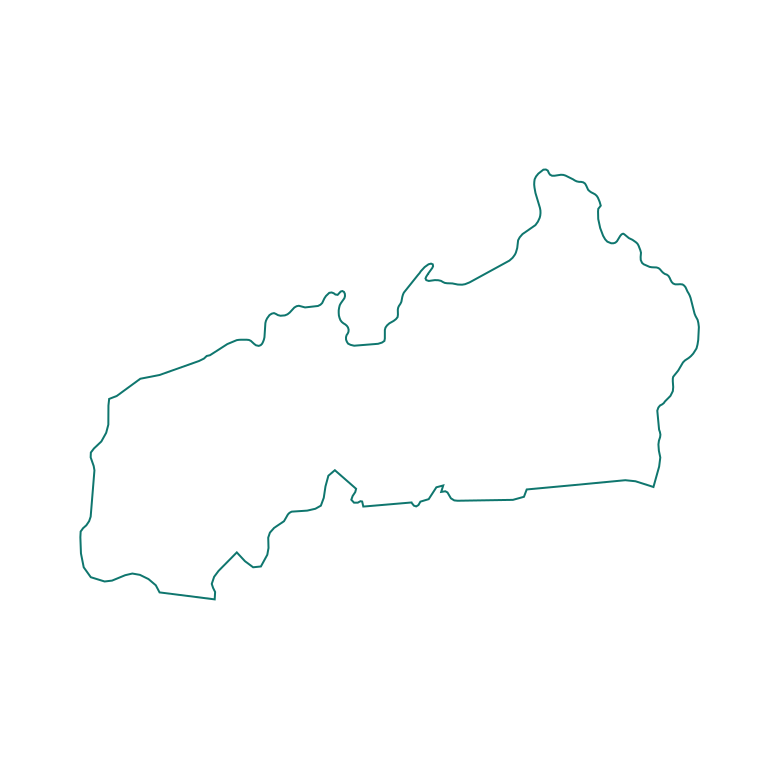 the Region of Upper East, rotated 174°
{"feature_id": "GHA-2156", "entity_name": "Upper East", "entity_type": "Region", "adm_level": 1, "iso_a3": "GHA", "parent_name": "Ghana", "parent_adm1": "", "projection": "robinson", "projection_center": [-0.916, 10.731], "detail": "fine", "context": "isolated", "style": "outline", "palette": "teal", "viewbox_px": 768, "rotation_deg": 174, "n_neighbors": 0, "source": "natural_earth", "source_scale": "10m", "svg_char_len": 4314}
<svg xmlns="http://www.w3.org/2000/svg" viewBox="0 0 768 768"><g transform="rotate(174 384 384)"><path d="M629.0,200.2L632.0,207.7L638.6,214.6L646.7,219.7L654.1,221.8L661.4,220.9L675.0,216.9L682.5,216.8L695.8,222.5L701.8,233.1L703.1,247.2L702.0,263.3L701.1,269.0L698.3,272.1L694.8,274.6L691.6,278.4L689.6,282.7L681.0,328.4L681.3,332.8L683.4,341.7L682.7,346.5L679.2,350.2L671.1,356.4L665.4,364.5L662.4,372.4L660.3,391.4L658.9,397.9L651.1,400.0L625.8,414.7L606.4,416.4L565.6,426.2L560.4,428.1L557.4,430.4L554.1,430.8L535.6,440.1L525.9,443.0L523.2,443.1L516.0,442.4L513.7,441.9L511.9,440.8L509.0,437.5L507.3,435.9L504.6,435.0L502.6,435.5L501.0,436.8L499.8,438.7L498.8,440.7L498.0,443.0L495.6,457.0L494.8,459.2L493.4,461.5L490.7,464.5L488.3,465.7L486.0,466.0L484.2,465.0L482.3,463.6L479.8,462.7L475.4,462.6L472.7,463.4L470.3,464.9L465.2,469.4L462.8,470.5L460.5,470.7L454.5,468.4L441.5,468.5L438.9,469.5L437.0,471.0L434.4,475.3L432.5,477.6L428.9,480.4L426.5,480.5L424.5,479.5L423.0,478.1L420.8,477.5L417.4,480.5L415.7,480.8L414.2,479.8L413.5,477.8L413.6,475.5L414.4,473.5L418.6,468.7L419.8,466.9L420.6,464.7L421.3,462.2L421.6,459.6L421.7,456.9L421.3,454.3L420.6,451.9L419.5,450.1L418.0,448.6L416.3,447.3L414.9,445.8L413.9,444.0L413.5,441.7L413.9,439.6L414.8,438.0L416.1,436.5L416.9,434.5L417.1,432.1L416.5,429.9L415.5,427.9L413.1,426.4L409.7,425.2L385.7,424.6L381.7,425.4L379.1,426.8L378.4,429.2L377.5,437.7L376.6,440.0L374.8,442.0L372.3,443.8L367.9,445.7L365.3,447.3L363.5,449.1L362.9,451.5L362.5,456.5L361.9,458.5L361.1,459.9L359.2,462.2L358.1,464.0L356.7,468.7L355.8,470.9L354.7,472.8L338.9,488.8L336.9,490.7L335.7,492.2L331.4,496.0L327.2,498.4L324.6,498.8L323.0,497.9L322.9,496.0L323.9,494.3L328.7,489.0L328.7,488.8L328.8,488.8L330.8,486.3L331.7,484.6L331.1,482.9L328.7,481.8L322.6,482.0L319.1,481.5L316.5,480.6L314.8,479.3L313.0,478.2L310.7,477.6L305.6,476.9L300.2,475.2L295.9,474.6L292.9,474.8L288.3,476.1L246.4,493.6L243.0,496.0L241.6,497.5L240.2,499.1L239.1,500.9L237.3,505.3L235.6,512.9L233.7,515.7L230.6,518.6L216.8,526.2L214.0,529.3L211.8,533.0L211.0,535.2L210.5,537.6L210.3,540.1L210.5,542.8L213.4,558.1L213.8,563.6L213.8,566.6L213.4,569.3L212.8,571.8L211.1,574.5L208.5,577.1L203.1,580.5L200.6,580.4L198.8,579.1L198.1,576.9L197.1,574.9L195.2,573.6L192.6,573.3L186.2,573.6L183.8,573.2L181.7,572.3L174.6,567.8L173.0,566.5L171.2,565.4L169.1,564.7L166.8,564.4L164.7,563.7L163.1,562.3L162.2,560.3L160.7,555.8L159.3,554.2L157.8,552.9L155.9,551.7L154.2,550.5L152.8,548.9L151.8,547.0L150.5,542.7L149.8,538.7L152.6,535.8L153.1,533.2L153.7,525.7L152.7,516.5L150.6,508.5L148.9,504.7L147.0,502.2L143.3,500.2L141.0,500.0L139.1,500.4L137.4,501.6L133.6,506.6L132.2,507.9L131.1,508.4L130.2,508.4L129.3,507.7L125.2,503.5L121.8,501.4L118.7,498.7L117.3,497.1L116.4,495.1L115.1,490.3L114.7,487.7L115.5,483.5L115.7,480.5L114.7,477.5L113.2,475.9L107.6,472.7L105.4,472.1L100.7,471.4L98.8,470.5L97.5,469.2L95.8,466.7L94.7,465.4L93.2,464.1L91.3,463.2L89.8,461.8L88.8,459.7L88.1,457.5L87.2,455.3L85.9,453.7L84.0,452.7L81.5,452.4L79.1,452.3L76.7,451.8L75.2,450.5L74.0,448.7L72.5,444.2L71.5,442.1L70.7,439.9L70.1,437.5L67.8,421.5L67.1,419.1L65.4,415.0L65.0,411.9L64.9,407.7L66.9,394.9L68.1,390.4L69.5,386.7L73.3,381.9L75.9,379.6L78.3,378.0L82.2,376.0L84.4,374.2L90.0,366.6L95.6,361.0L96.2,359.2L96.5,356.5L96.7,350.7L97.5,346.7L100.4,342.2L106.4,337.3L107.8,335.7L109.6,334.6L111.7,333.8L113.6,331.9L115.0,328.9L115.2,309.9L114.6,307.3L114.4,304.7L115.0,302.2L116.5,298.9L117.4,295.2L117.6,289.0L116.9,282.0L119.0,273.1L126.8,253.4L130.8,255.2L144.1,261.0L154.1,263.1L204.9,263.6L253.1,264.2L256.6,257.2L267.9,255.3L323.0,260.2L326.3,260.9L329.4,263.3L332.2,269.5L334.2,270.9L338.4,270.7L335.7,276.9L342.7,275.8L351.6,264.8L360.1,263.2L362.4,260.0L364.8,258.9L367.0,259.9L369.1,263.2L369.1,263.3L414.6,264.2L417.4,264.3L418.0,269.4L419.7,269.9L422.5,268.7L426.2,269.1L428.6,272.3L426.9,275.9L423.9,279.5L422.7,282.7L441.9,303.4L448.9,298.6L452.9,288.3L455.8,277.1L459.5,269.6L465.3,267.1L473.6,266.1L489.1,266.7L490.5,266.2L491.8,265.5L493.0,264.5L494.0,263.3L494.0,263.2L497.8,258.0L508.3,252.4L513.0,248.1L515.2,243.3L516.0,233.0L517.9,226.4L525.5,215.4L533.3,215.4L540.8,222.3L548.0,231.9L568.0,215.5L573.1,210.0L576.2,203.2L575.3,199.1L573.7,194.8L574.9,187.5L629.0,200.2Z" fill="none" stroke="#0f766e" stroke-width="2"/></g></svg>